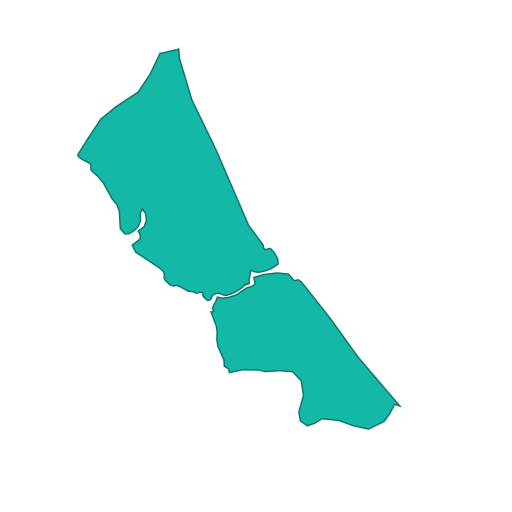 Istanbul, Mercator projection, rotated 41°
{"feature_id": "TUR-2265", "entity_name": "Istanbul", "entity_type": "Province", "adm_level": 1, "iso_a3": "TUR", "parent_name": "Turkey", "parent_adm1": "", "projection": "mercator", "projection_center": [28.93, 41.208], "detail": "fine", "context": "isolated", "style": "filled", "palette": "teal", "viewbox_px": 512, "rotation_deg": 41, "n_neighbors": 0, "source": "natural_earth", "source_scale": "10m", "svg_char_len": 2023}
<svg xmlns="http://www.w3.org/2000/svg" viewBox="0 0 512 512"><g transform="rotate(41 256 256)"><path d="M61.9,150.6L69.0,157.4L105.1,180.2L156.8,202.4L230.1,237.6L253.8,243.0L255.0,243.5L255.6,244.2L256.2,244.9L257.7,245.2L259.6,244.5L261.1,241.5L262.7,240.9L268.3,241.7L274.4,244.0L278.0,247.6L275.8,255.5L272.6,261.3L268.5,266.8L264.4,269.2L261.7,270.1L262.3,272.2L264.2,274.6L265.6,277.3L267.2,279.5L267.6,280.0L268.8,280.9L268.3,282.7L267.3,284.2L266.8,284.3L265.9,290.5L264.2,296.2L262.0,301.1L259.5,305.0L257.5,306.6L253.3,308.0L251.3,309.4L249.5,312.2L249.1,313.9L249.2,315.2L249.5,316.6L250.2,317.7L250.1,319.4L248.7,321.2L247.6,321.5L242.5,321.1L240.5,319.3L239.1,319.0L237.7,319.9L235.7,322.8L234.9,323.4L232.3,324.1L227.9,327.0L218.5,329.0L216.2,329.8L214.8,330.9L213.8,332.3L212.3,333.4L209.5,334.2L203.7,333.9L200.9,332.9L199.7,330.9L197.1,328.6L191.2,328.3L162.6,332.0L155.4,329.0L157.4,319.0L154.6,316.1L152.9,315.1L150.7,314.6L152.4,307.4L150.0,301.0L145.1,296.6L139.4,295.1L140.6,299.7L145.7,305.1L147.6,310.4L147.7,313.6L147.1,318.2L145.5,322.6L142.6,325.3L135.7,324.4L123.3,311.7L117.3,308.5L109.4,307.1L92.8,301.0L84.6,299.6L76.4,299.6L74.5,298.9L71.9,295.8L69.9,295.1L61.0,297.2L56.8,297.5L55.1,296.5L52.3,278.9L49.1,254.6L52.3,235.5L59.5,209.5L56.9,188.6L50.6,165.9L51.0,166.0L61.9,150.7L61.9,150.6ZM312.4,361.4L309.4,359.1L304.5,360.0L300.0,355.5L286.5,349.2L281.6,345.1L276.6,338.9L271.8,334.8L258.7,327.7L259.6,327.1L259.8,326.9L259.8,326.6L260.3,325.3L257.5,324.1L256.3,320.8L255.4,316.5L253.8,312.4L258.2,309.9L263.0,304.5L266.8,297.9L270.1,285.9L273.0,281.3L273.6,277.5L268.4,273.7L274.0,265.0L283.0,255.0L292.4,248.3L299.6,249.5L301.1,249.5L303.5,246.3L307.2,245.8L352.0,254.2L399.5,265.4L462.9,274.9L457.9,277.1L460.3,286.8L461.2,296.8L454.5,312.8L441.5,319.9L426.2,325.9L412.4,335.6L410.2,343.3L406.2,350.5L397.7,351.4L390.7,345.6L383.4,330.2L372.1,320.5L359.5,319.3L349.0,327.1L339.0,337.0L333.1,340.0L320.6,350.6L312.4,361.4Z" fill="#14b8a6" stroke="#0f766e" stroke-width="1.5"/></g></svg>